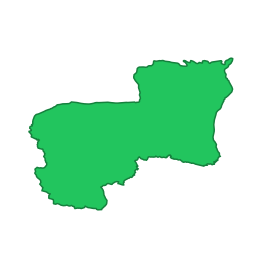 Palora, Morona Santiago, Ecuador, rotated 282°
{"feature_id": "8360857B98088290450398", "entity_name": "Palora", "entity_type": "district", "adm_level": 2, "iso_a3": "ECU", "parent_name": "Ecuador", "parent_adm1": "Morona Santiago", "projection": "equal_earth", "projection_center": [-78.165, -1.664], "detail": "fine", "context": "isolated", "style": "filled", "palette": "green", "viewbox_px": 256, "rotation_deg": 282, "n_neighbors": 0, "source": "geoboundaries", "source_scale": "gbopen_adm2", "svg_char_len": 5796}
<svg xmlns="http://www.w3.org/2000/svg" viewBox="0 0 256 256"><g transform="rotate(282 128 128)"><path d="M45.1,64.6L44.1,65.0L43.1,65.0L42.7,65.6L42.7,67.7L42.4,69.8L40.3,70.6L38.9,70.7L38.5,71.0L38.4,71.4L38.5,73.3L39.3,74.2L39.4,75.2L39.2,76.6L38.6,78.5L38.6,81.0L39.2,83.0L39.9,84.2L39.5,86.1L39.6,87.3L40.5,88.8L40.0,90.1L39.9,91.7L38.9,92.1L38.2,92.9L39.3,95.6L39.3,96.3L39.6,97.5L39.5,98.9L39.7,99.4L41.0,101.7L41.3,102.0L42.6,102.4L41.8,105.5L42.0,106.8L42.1,110.7L42.6,113.6L41.9,114.3L41.7,115.5L42.7,119.2L43.9,119.4L45.4,120.7L46.5,121.1L47.1,121.9L49.2,122.8L50.1,122.8L52.7,122.5L53.1,122.2L54.5,120.6L55.6,119.9L57.5,118.4L60.8,117.3L62.1,116.5L63.6,115.1L64.3,113.9L64.6,113.8L65.6,115.0L66.6,115.6L67.0,117.2L67.5,118.1L68.9,119.0L69.4,119.6L69.6,120.6L69.4,123.4L69.6,124.1L70.6,124.6L72.5,126.6L73.2,128.0L73.4,129.9L71.6,129.8L71.6,131.1L71.4,132.4L71.2,134.2L71.4,135.6L72.0,135.5L73.1,134.9L73.9,135.0L74.2,135.4L74.8,135.0L75.2,135.1L76.9,136.3L77.5,137.3L78.8,138.6L79.0,139.3L79.3,139.7L80.2,140.3L80.4,140.6L80.4,141.6L80.9,142.3L81.9,142.7L82.4,142.6L82.7,143.3L83.3,144.0L83.9,143.4L84.4,144.0L85.5,144.0L86.1,144.5L86.5,144.1L87.6,143.6L88.6,144.2L89.5,145.0L89.1,145.8L89.3,146.0L89.7,146.2L90.2,146.4L90.5,145.6L92.0,144.3L92.3,144.4L92.5,145.4L92.8,145.5L93.8,144.5L95.9,142.9L96.9,141.7L97.2,141.6L97.7,141.8L98.7,143.7L99.3,144.0L100.6,144.1L102.0,144.9L102.1,145.1L100.6,147.3L100.6,148.7L100.1,150.2L100.4,151.5L100.3,152.7L101.5,153.5L103.6,153.8L104.1,154.3L104.3,155.1L104.3,156.3L104.6,157.2L104.8,158.8L105.3,160.5L106.2,161.1L105.7,162.9L105.7,163.4L106.1,164.2L106.7,164.8L106.7,165.4L106.1,166.5L106.4,168.1L106.9,168.8L106.8,171.3L107.4,172.2L108.1,172.0L108.8,173.0L109.6,173.2L110.3,174.6L110.2,175.0L109.8,175.1L109.7,175.7L109.2,176.1L108.4,175.5L107.5,176.5L107.5,177.0L107.3,177.4L107.6,178.4L107.2,178.6L107.1,179.7L107.3,180.1L107.6,182.7L107.6,182.9L107.3,183.3L107.3,184.3L107.8,185.6L107.0,187.0L106.8,187.6L106.3,188.1L106.1,189.6L106.9,191.4L106.7,192.3L107.0,193.3L107.1,194.7L106.9,195.5L106.9,196.6L106.7,197.3L107.0,198.4L107.1,199.3L107.0,200.3L106.7,201.3L106.5,209.8L106.9,209.8L106.9,210.5L107.2,210.7L107.5,211.1L108.0,213.0L108.5,212.5L109.3,213.0L109.7,215.5L110.1,216.4L109.6,217.7L109.8,218.4L110.2,218.8L110.5,219.9L110.8,220.0L111.3,219.5L112.1,219.3L112.4,219.4L112.3,220.3L112.7,220.6L113.1,219.8L113.3,220.4L113.9,221.5L114.2,221.5L114.7,221.0L114.9,221.1L114.9,222.2L115.1,222.5L116.1,222.3L117.4,222.4L118.7,223.0L119.4,224.1L120.5,223.1L122.4,222.6L123.4,221.2L124.7,220.1L126.3,219.2L127.6,218.1L130.3,217.9L132.6,215.8L133.8,214.2L136.2,213.2L137.0,213.0L142.3,213.0L144.3,212.7L149.1,211.2L154.0,210.8L159.3,211.2L161.5,211.2L163.6,212.2L166.0,214.3L168.1,214.9L169.1,214.8L172.8,215.6L174.2,216.1L175.4,215.9L176.4,216.7L177.5,216.6L177.9,216.8L178.4,217.6L180.4,219.2L184.9,222.0L185.7,222.1L187.8,222.2L189.7,221.1L194.0,217.4L195.2,216.7L195.9,215.3L197.0,214.7L197.3,213.7L197.7,213.2L198.6,212.9L200.7,212.8L201.2,212.5L202.5,211.1L204.3,210.4L205.2,210.4L206.1,210.8L208.0,212.8L208.7,213.2L209.3,213.4L210.3,213.3L211.2,214.2L212.7,215.3L215.4,216.1L217.4,216.1L217.7,215.9L217.8,214.7L217.5,213.8L217.0,213.1L215.2,211.4L214.5,210.1L213.4,209.4L212.5,209.1L212.1,209.4L210.6,209.6L210.0,209.0L210.1,207.7L210.4,206.4L210.7,205.9L211.3,205.6L212.0,206.0L212.7,205.9L213.1,205.4L213.1,204.8L210.1,196.8L209.7,196.0L209.1,195.4L208.4,195.0L208.2,194.5L208.6,193.6L209.6,192.4L209.8,191.7L209.8,188.7L209.0,187.1L208.3,187.0L207.2,187.3L207.0,187.1L206.9,186.8L206.9,184.0L206.7,183.8L206.1,183.7L205.5,182.5L205.5,181.3L206.7,178.2L207.0,176.4L207.0,175.5L206.8,175.3L204.9,175.1L204.7,174.6L204.8,172.7L205.6,170.4L205.7,169.7L205.7,168.8L205.2,168.3L204.6,168.5L204.4,169.6L204.0,170.4L203.2,171.4L201.9,172.7L201.2,172.8L200.5,171.9L200.0,169.0L199.9,166.2L201.5,164.1L201.7,162.7L201.2,157.1L201.4,154.6L201.0,150.5L201.3,148.1L200.6,146.1L200.4,144.8L199.2,141.8L199.1,139.6L198.6,139.2L196.5,139.4L195.4,139.2L194.6,138.7L193.7,137.9L193.3,135.7L192.8,134.9L191.7,134.1L191.3,133.3L191.1,132.8L190.9,130.7L190.0,126.6L189.3,125.5L188.1,124.7L185.0,124.9L184.2,124.8L183.2,124.3L181.5,122.9L179.1,123.0L178.0,123.4L175.8,125.4L173.3,128.6L172.6,129.4L169.5,130.0L165.4,132.4L164.3,132.5L163.4,132.3L162.3,132.5L161.3,133.3L159.4,134.0L157.7,133.5L156.2,133.7L155.4,133.0L155.0,131.3L154.4,130.3L154.7,129.0L153.0,122.9L152.6,120.7L150.3,113.0L149.8,110.6L149.3,106.4L149.0,102.9L146.7,94.1L146.4,92.1L145.9,90.7L145.1,89.3L144.0,86.8L143.3,84.8L142.6,80.6L142.3,76.8L142.3,72.8L141.7,67.3L139.9,65.7L139.5,64.9L138.7,61.9L138.0,59.0L136.7,56.2L136.1,54.3L135.5,53.5L134.0,52.6L133.1,51.1L131.4,49.5L131.0,48.6L129.9,47.4L129.6,46.6L128.0,44.0L126.8,42.6L123.2,37.6L122.1,35.4L121.7,35.1L120.1,34.1L116.3,33.5L114.5,33.5L112.2,34.0L111.3,33.2L111.1,33.1L110.6,33.8L110.3,33.8L110.0,33.7L109.2,32.1L108.9,31.9L107.5,31.9L107.2,32.1L106.7,33.1L105.9,33.8L105.4,33.9L104.4,32.4L103.9,32.3L103.9,32.0L103.4,32.2L103.0,33.0L101.2,35.2L99.3,35.2L99.2,35.4L98.9,36.3L98.9,37.0L98.3,38.9L98.4,40.6L97.9,41.1L97.7,40.9L97.3,41.7L98.2,42.5L98.2,42.9L97.7,43.7L95.2,42.6L94.1,43.0L93.0,42.7L92.6,43.0L90.9,43.4L89.6,44.4L89.7,44.9L89.5,45.9L89.5,47.2L89.4,47.6L89.6,48.9L89.2,49.3L87.9,49.8L87.3,50.7L86.0,51.6L85.6,52.1L85.1,51.8L84.2,52.2L82.9,51.5L82.6,51.5L81.3,53.0L80.6,53.4L79.3,53.6L78.9,54.1L77.7,54.5L76.9,55.7L76.7,55.6L75.4,56.1L74.8,56.1L72.3,54.8L71.7,54.3L71.1,53.3L70.9,51.1L70.8,50.4L70.5,50.0L70.4,48.9L70.6,47.8L70.5,47.2L70.0,47.0L69.4,46.3L68.4,45.6L66.0,46.7L65.1,46.3L64.2,46.4L62.8,48.1L61.8,48.5L60.7,49.5L59.1,52.7L58.4,53.4L56.6,54.1L54.8,53.4L52.4,56.5L52.1,57.1L48.8,56.9L48.5,61.6L47.3,64.1L47.4,65.4L46.9,65.4L45.1,64.6Z" fill="#22c55e" stroke="#15803d" stroke-width="1.5"/></g></svg>